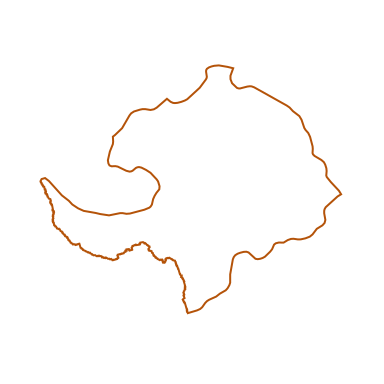 Azua de Compostela, Azua, Dominican Republic, rotated 74°
{"feature_id": "3306468B66909438647260", "entity_name": "Azua de Compostela", "entity_type": "district", "adm_level": 2, "iso_a3": "DOM", "parent_name": "Dominican Republic", "parent_adm1": "Azua", "projection": "orthographic", "projection_center": [-70.724, 18.457], "detail": "fine", "context": "isolated", "style": "outline", "palette": "amber", "viewbox_px": 384, "rotation_deg": 74, "n_neighbors": 0, "source": "geoboundaries", "source_scale": "gbopen_adm2", "svg_char_len": 6106}
<svg xmlns="http://www.w3.org/2000/svg" viewBox="0 0 384 384"><g transform="rotate(74 192 192)"><path d="M307.3,229.4L307.2,219.8L306.7,216.4L305.6,214.0L302.3,209.9L301.0,207.6L300.3,205.2L299.2,197.6L297.4,193.2L295.8,186.7L294.4,184.4L291.9,181.8L289.7,180.3L281.7,178.0L268.0,171.3L266.1,169.8L264.7,167.9L263.9,165.2L263.7,162.4L263.8,158.8L264.4,156.2L265.7,154.3L273.7,149.4L274.7,147.3L275.0,144.8L274.9,142.3L274.3,139.7L270.9,133.3L269.1,130.8L265.2,127.6L264.4,125.6L264.5,122.5L265.9,117.9L264.6,113.2L264.4,109.8L264.9,107.4L266.8,103.2L267.5,100.5L267.8,95.8L267.4,91.1L266.0,87.8L261.8,82.2L260.0,75.8L258.3,73.1L255.6,71.5L248.9,70.8L246.5,70.1L245.1,69.3L243.5,67.7L236.4,53.3L235.3,49.3L231.3,50.4L220.7,55.8L214.8,58.3L213.2,58.4L208.9,56.8L206.2,56.3L202.4,56.4L199.7,57.0L196.9,58.8L191.2,64.2L189.2,65.3L187.8,65.4L183.8,64.0L181.3,63.5L171.5,63.3L167.3,64.0L163.8,65.7L161.4,66.4L152.7,66.8L148.6,67.9L142.1,72.7L137.7,74.9L135.0,77.1L108.5,103.4L106.9,105.6L106.3,107.2L105.9,109.8L105.7,117.4L105.2,118.8L104.3,120.1L98.5,123.5L94.2,123.9L90.9,123.0L84.4,118.3L81.5,123.4L77.7,131.3L76.8,135.9L76.7,138.7L76.9,141.3L77.7,143.7L78.8,144.8L80.2,145.3L85.4,146.0L86.7,146.7L87.7,147.7L93.9,155.8L101.5,171.0L102.1,173.7L102.4,177.5L102.3,181.3L101.8,184.0L101.1,185.7L99.4,187.7L95.5,190.4L101.2,202.7L102.0,205.9L101.7,209.3L99.4,214.2L98.7,216.7L98.5,219.3L98.6,225.5L99.6,228.8L101.2,231.0L111.4,241.6L116.0,250.3L117.0,252.8L121.8,253.9L124.2,254.9L130.5,259.8L138.3,264.1L141.5,264.5L143.7,264.0L145.1,262.3L146.0,258.6L147.1,256.4L153.5,249.3L155.2,246.4L155.4,244.8L155.2,243.3L153.4,239.3L153.2,237.8L153.4,236.1L154.6,233.9L158.1,230.1L162.1,226.6L170.1,222.5L172.5,221.7L177.5,221.6L180.4,222.7L183.0,226.4L185.4,229.0L188.1,231.3L193.0,234.0L194.6,235.8L195.3,237.3L195.9,242.7L195.6,257.6L194.9,261.0L193.2,264.5L192.5,266.9L191.6,278.2L187.9,286.3L185.6,290.4L180.3,301.3L176.3,306.0L171.0,310.5L166.5,312.8L159.4,318.0L142.0,326.5L138.1,329.4L138.1,333.0L139.9,334.7L140.6,334.7L140.6,334.4L142.3,334.4L142.3,334.0L144.0,334.0L144.0,333.6L145.3,333.6L145.3,333.3L146.0,333.3L146.3,332.6L148.7,332.9L148.7,332.6L149.3,332.6L149.3,332.2L151.0,332.2L151.0,332.6L151.7,332.6L151.7,332.9L152.4,332.9L152.4,333.3L153.1,333.3L153.4,332.6L154.1,332.6L154.1,332.2L154.7,332.2L154.7,331.9L156.1,331.9L156.1,332.2L156.4,332.2L156.4,331.9L158.8,331.5L159.8,330.1L161.5,330.1L161.5,330.5L162.8,330.8L162.8,331.2L163.5,331.2L163.5,330.8L164.8,330.8L164.8,330.5L165.8,330.5L165.8,330.1L170.5,330.5L170.5,330.8L171.2,330.8L171.2,331.2L171.5,331.2L172.2,330.1L172.9,330.1L172.9,330.5L173.6,330.5L173.6,330.8L174.2,330.8L174.2,331.2L175.3,331.2L175.6,331.9L176.3,331.9L176.3,332.2L177.3,332.2L177.3,332.6L179.3,332.6L179.6,333.3L180.6,333.3L180.6,333.7L182.0,333.7L182.0,334.0L183.0,334.0L183.3,333.3L186.0,333.7L186.4,333.0L187.4,333.0L187.7,332.2L189.7,331.9L189.7,331.5L190.7,330.8L190.7,330.1L191.1,330.1L191.4,329.4L193.4,329.1L194.1,328.0L195.1,328.0L195.1,327.6L196.1,327.6L196.1,327.3L198.1,326.6L198.1,326.2L199.1,326.2L199.1,325.9L199.8,325.9L200.5,324.8L201.2,324.8L201.2,324.4L201.8,324.4L201.8,324.1L203.8,324.1L203.8,323.7L205.2,323.4L205.2,323.0L207.2,322.7L207.5,322.0L208.2,322.0L208.9,320.9L209.6,320.9L209.9,319.1L210.6,318.8L210.6,318.1L210.9,318.1L210.9,317.4L210.6,317.4L210.6,314.9L210.9,314.9L210.9,314.5L214.9,314.5L215.3,313.8L216.0,313.8L216.3,313.1L217.6,312.8L217.6,312.4L218.0,312.4L219.3,310.6L219.7,310.6L220.3,309.6L221.3,308.9L221.3,308.1L222.0,307.8L222.3,306.7L223.0,306.7L224.0,305.3L224.7,305.3L225.0,304.6L225.7,304.2L226.0,302.5L227.4,301.4L227.4,300.0L227.7,300.0L227.7,298.9L228.1,298.9L228.4,297.2L229.4,296.8L229.4,296.4L230.1,296.4L230.1,295.7L230.4,295.7L230.8,294.7L231.1,294.7L231.1,293.6L231.4,293.6L231.4,292.9L231.8,292.9L231.8,292.2L233.1,291.1L233.4,289.7L234.1,289.4L234.1,288.3L234.5,288.3L235.1,287.2L235.5,287.2L235.5,286.5L235.8,286.5L235.8,283.7L235.5,283.7L235.5,282.6L235.8,282.6L235.8,282.3L235.1,281.9L235.1,281.2L234.1,281.2L234.1,280.9L232.4,281.2L232.1,280.5L231.8,280.5L231.8,278.0L232.1,278.0L231.8,276.6L232.1,276.6L232.1,274.5L231.4,274.1L231.1,272.3L230.4,272.3L230.4,271.3L229.7,271.6L229.4,270.6L229.1,270.6L229.4,268.8L229.7,268.8L229.7,268.4L230.4,268.4L230.4,268.1L231.1,268.1L231.1,265.6L230.4,265.6L230.4,265.3L228.7,265.3L228.1,264.2L227.7,264.2L227.7,263.5L227.4,263.5L227.1,261.0L227.4,261.0L227.4,260.3L227.7,260.3L228.1,257.1L227.7,257.1L227.7,256.4L227.1,256.4L227.1,256.0L226.4,255.7L226.7,252.9L227.4,252.5L227.7,251.8L228.4,251.8L228.4,251.1L228.7,251.1L229.1,250.4L230.4,250.0L230.7,249.3L231.4,249.3L231.8,248.6L232.8,248.2L232.8,247.9L233.4,247.9L234.8,249.7L235.8,249.7L235.8,249.3L236.5,249.3L236.5,249.0L237.1,248.6L237.1,247.9L237.8,247.5L237.8,247.2L239.5,247.2L239.8,246.5L242.2,246.5L242.2,246.1L242.9,246.1L242.9,245.8L244.2,245.4L244.2,245.1L244.9,245.1L244.9,244.7L245.5,244.7L246.2,243.6L246.9,243.6L246.9,243.3L248.2,242.2L248.2,241.5L248.6,241.5L248.6,239.7L248.9,239.7L248.9,239.4L249.6,239.4L249.6,239.0L250.3,239.0L250.3,239.4L251.9,239.4L252.3,238.3L251.9,238.3L251.9,237.6L251.6,237.6L251.6,236.9L250.6,236.5L250.6,236.2L249.9,236.2L249.9,235.8L249.2,235.8L249.2,235.5L248.6,235.1L248.6,234.1L248.9,234.1L248.9,232.3L249.2,232.3L249.2,231.6L250.2,230.9L250.6,230.2L250.9,230.2L251.3,229.5L251.9,229.5L252.3,228.8L252.6,228.8L253.3,227.3L255.0,227.3L255.0,227.0L256.0,227.0L256.0,227.3L258.0,227.3L258.0,227.0L259.0,227.0L259.0,226.6L262.0,226.6L262.0,226.3L267.7,226.3L267.7,225.9L269.8,225.6L269.8,225.2L270.4,225.6L270.4,225.2L272.1,225.2L272.1,224.8L273.1,224.8L273.1,224.5L275.5,224.1L275.5,224.5L280.8,224.5L280.8,224.8L281.9,224.8L281.9,225.2L283.2,225.2L283.2,225.6L283.9,225.6L284.2,226.3L284.9,226.6L285.2,227.3L286.6,227.7L286.6,228.0L287.9,228.0L287.9,227.7L288.6,227.7L288.9,228.4L289.6,228.4L289.6,228.7L291.9,228.4L292.3,229.8L293.0,230.2L293.0,230.5L295.3,230.2L295.3,229.8L296.6,229.8L296.6,229.4L303.0,229.4L303.0,229.1L303.7,229.1L303.7,229.4L305.1,229.4L305.1,229.8L305.7,229.8L305.7,229.4L307.3,229.4Z" fill="none" stroke="#b45309" stroke-width="2"/></g></svg>